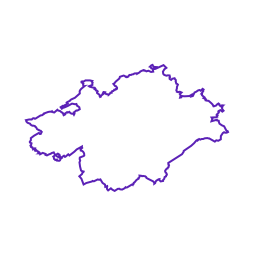 Fermoy Lea-6, Cork, Ireland (Equal Earth projection), rotated 150°
{"feature_id": "5873133B9082097592121", "entity_name": "Fermoy Lea-6", "entity_type": "district", "adm_level": 2, "iso_a3": "IRL", "parent_name": "Ireland", "parent_adm1": "Cork", "projection": "equal_earth", "projection_center": [-8.317, 52.16], "detail": "fine", "context": "isolated", "style": "outline", "palette": "violet", "viewbox_px": 256, "rotation_deg": 150, "n_neighbors": 0, "source": "geoboundaries", "source_scale": "gbopen_adm2", "svg_char_len": 5868}
<svg xmlns="http://www.w3.org/2000/svg" viewBox="0 0 256 256"><g transform="rotate(150 128 128)"><path d="M43.3,75.5L43.7,75.8L44.1,77.0L43.9,81.4L45.3,83.3L46.6,86.0L46.3,87.7L45.8,88.9L47.1,90.0L46.9,90.7L52.3,92.1L50.1,94.0L50.4,94.2L50.4,95.3L46.5,93.3L45.1,93.1L44.9,94.4L44.1,94.4L44.3,95.3L41.6,96.0L41.1,96.8L41.4,97.2L41.2,97.4L39.1,97.3L38.1,95.0L36.6,95.2L36.9,97.0L36.5,99.1L35.5,99.2L35.4,100.0L34.5,100.1L35.2,100.6L37.1,101.0L37.4,102.3L37.0,102.8L37.4,104.0L39.1,103.9L40.4,103.4L42.7,103.8L42.8,104.4L43.1,104.4L43.0,106.1L43.4,107.7L44.6,111.2L46.3,112.5L46.3,113.1L47.0,113.3L46.9,114.1L46.4,114.4L47.6,116.1L46.4,116.3L47.4,118.9L47.5,119.5L46.8,120.5L47.3,121.0L44.4,122.3L44.3,122.9L43.3,123.5L43.8,124.6L46.4,123.9L47.0,125.1L48.4,125.5L51.0,125.3L52.6,125.5L55.8,123.3L56.7,123.5L57.1,123.6L56.5,124.0L56.8,124.7L56.5,125.0L58.9,125.0L63.4,127.3L65.4,128.8L66.5,127.9L67.7,128.3L66.6,129.4L66.1,130.4L66.2,131.5L63.9,132.0L65.0,133.5L66.8,134.1L67.6,135.0L67.3,135.5L67.3,136.5L65.8,137.9L65.1,139.1L63.1,140.6L63.4,141.6L64.0,142.3L63.4,144.6L63.1,144.7L62.6,145.9L62.9,146.8L62.8,147.8L65.0,148.5L66.6,148.1L67.4,149.7L66.8,150.9L66.2,151.0L65.7,152.7L67.2,153.7L68.6,154.1L70.1,155.9L70.4,157.3L69.6,159.3L67.1,160.7L64.7,160.9L65.8,164.7L74.7,165.5L76.0,166.0L76.1,166.5L74.8,166.4L73.3,166.8L74.8,167.8L75.3,168.9L75.2,170.4L76.5,170.6L78.4,170.1L77.8,169.4L78.0,168.1L77.0,167.3L78.0,164.2L80.0,165.0L81.7,167.4L83.8,167.9L84.3,169.0L85.3,169.5L85.2,170.1L85.5,170.4L89.0,170.8L90.2,170.4L92.9,170.4L92.7,170.8L95.2,172.0L96.6,171.9L97.7,172.4L98.7,172.4L100.1,173.2L101.1,173.0L101.8,172.4L103.1,172.4L103.3,172.5L103.1,172.7L103.3,173.1L104.5,173.5L104.8,174.7L105.6,175.6L109.4,176.4L110.7,175.2L115.5,174.3L117.4,173.5L118.6,173.5L118.2,170.8L117.5,170.2L117.3,168.4L117.9,167.5L118.9,167.4L119.2,167.9L120.4,167.5L120.8,168.0L122.1,167.4L123.3,167.8L123.6,167.4L124.5,167.2L124.7,166.8L125.5,167.4L127.0,166.6L128.3,166.4L128.1,166.9L129.9,168.2L130.5,169.5L129.8,170.3L131.2,171.4L132.3,170.7L132.0,170.4L132.3,169.8L135.1,169.5L135.9,168.7L136.6,168.8L136.4,169.5L136.6,169.9L136.2,170.5L136.2,171.3L137.3,173.7L137.1,174.2L135.9,174.9L136.4,176.3L136.9,176.4L137.1,177.7L137.4,178.3L136.6,178.4L136.7,179.5L138.2,180.6L140.6,183.0L140.9,183.7L137.3,183.1L136.6,184.5L136.0,184.9L136.2,186.2L135.4,186.6L137.1,188.2L141.0,190.5L143.0,190.4L144.4,191.3L145.1,191.4L145.5,190.7L144.6,189.3L144.5,188.6L145.0,188.4L145.8,186.4L144.8,186.0L149.0,185.3L150.5,184.7L151.5,184.0L152.5,182.0L158.9,180.7L162.8,181.1L164.0,181.0L164.7,180.6L167.6,180.8L168.3,180.7L168.0,179.3L173.5,179.4L173.6,179.8L175.9,179.7L175.7,177.8L173.0,178.0L172.8,177.6L169.1,177.2L164.3,177.1L161.9,175.0L160.7,174.6L160.9,173.7L160.7,172.8L160.9,172.4L160.2,171.4L159.8,170.3L160.4,168.4L163.0,168.4L164.0,169.0L166.6,168.6L166.9,168.6L166.8,167.9L167.1,167.2L168.2,166.5L168.2,167.6L169.9,168.8L170.6,170.3L170.7,171.3L172.5,171.5L172.8,172.2L175.1,172.0L175.5,171.2L177.3,171.2L177.3,171.8L176.8,173.1L177.1,173.4L177.3,174.4L177.7,174.8L178.3,176.6L179.8,178.1L180.0,179.1L184.1,178.3L185.1,179.2L185.4,180.5L186.2,180.3L187.2,181.1L189.1,181.8L192.4,182.4L193.8,182.2L193.8,182.5L195.8,182.0L197.5,182.6L203.6,182.4L204.3,182.8L204.4,183.3L204.9,183.7L205.7,183.9L207.1,183.5L209.3,184.8L212.4,185.8L212.4,185.1L212.8,184.5L212.4,182.8L210.6,180.6L210.7,179.6L209.7,177.8L209.1,177.6L207.7,176.3L207.6,175.1L207.2,174.6L207.3,172.5L206.5,171.1L206.2,171.0L206.0,170.2L204.9,169.1L205.0,168.3L204.7,167.7L206.6,166.5L207.4,167.0L207.4,167.9L207.7,168.3L213.1,168.3L217.2,167.8L218.2,166.0L220.0,165.1L220.2,164.5L219.2,163.0L220.3,161.9L221.0,161.7L220.8,161.2L221.4,160.7L221.5,160.1L220.5,159.1L220.7,158.5L220.5,158.2L220.8,157.9L220.5,157.4L220.7,157.1L219.2,157.0L219.5,156.2L218.8,156.2L219.4,155.2L219.0,155.2L219.1,154.4L218.4,154.4L217.9,152.0L217.4,152.2L217.0,151.3L217.3,150.5L217.6,150.5L216.9,150.1L217.2,149.2L214.3,149.1L212.3,146.7L212.9,146.0L211.9,144.8L209.8,144.7L207.7,144.3L206.8,144.5L204.5,144.0L204.6,142.4L204.3,140.8L201.6,140.9L200.7,139.2L200.8,138.5L201.3,138.4L201.1,136.6L202.2,136.5L203.8,139.2L204.3,140.8L207.0,140.6L206.9,139.8L207.5,138.2L207.1,137.6L207.0,136.6L205.4,136.2L205.8,135.3L204.0,134.0L203.1,134.0L201.4,135.2L200.3,135.2L200.3,135.8L197.3,136.0L197.1,134.6L196.6,134.4L192.9,135.1L192.5,133.5L186.3,134.3L183.1,135.1L177.2,135.0L177.6,134.4L177.6,133.7L179.8,133.2L180.2,132.1L179.2,131.1L178.7,129.8L178.7,128.0L179.6,126.1L180.3,125.9L184.5,126.5L185.4,125.3L185.7,123.7L187.2,122.5L188.8,118.6L189.9,114.7L189.6,113.9L188.2,112.5L188.7,112.1L189.9,112.0L190.9,111.1L194.3,110.5L193.7,107.4L194.7,101.3L191.6,101.2L185.9,99.7L185.2,99.9L184.2,98.9L180.0,98.6L178.8,97.5L177.6,97.3L177.5,93.1L176.2,90.5L177.1,88.4L175.1,88.1L175.3,87.6L176.2,86.9L176.6,85.7L176.7,85.3L176.4,83.9L173.0,84.3L172.4,82.4L171.0,80.2L167.3,80.4L165.8,79.7L165.5,78.8L163.8,77.6L161.1,77.5L159.8,77.9L159.7,77.5L158.5,77.0L153.0,77.1L152.4,77.0L152.3,76.6L152.0,76.9L151.5,76.6L150.9,77.0L150.4,77.7L149.4,77.7L146.5,78.8L144.9,78.8L144.4,79.2L144.1,78.9L142.0,80.3L141.8,81.0L140.5,80.1L139.9,79.2L139.0,79.0L137.2,77.5L136.8,76.4L137.0,75.7L136.4,74.5L132.9,69.2L132.6,67.4L133.1,66.6L132.0,66.7L131.3,67.5L129.9,68.2L127.2,68.3L126.3,68.0L126.9,67.2L126.4,65.4L124.1,64.6L123.6,65.4L122.0,65.9L120.8,67.2L119.3,67.1L118.8,67.7L117.7,68.1L117.4,69.1L117.4,70.1L117.7,70.7L117.4,72.2L115.9,73.1L114.5,73.4L113.9,73.2L113.5,73.7L112.2,74.0L111.8,74.8L111.1,75.2L111.0,76.0L111.2,76.3L110.6,77.6L94.3,78.3L91.7,79.6L91.2,80.3L82.2,81.0L78.4,81.8L75.3,82.9L73.9,83.0L73.9,82.4L71.9,82.9L71.2,81.8L69.9,81.7L68.4,80.9L66.7,80.7L64.3,79.6L63.5,78.7L62.9,78.4L59.6,72.8L57.7,73.2L56.2,71.8L53.3,71.8L51.6,74.6L48.4,76.2L46.9,76.3L46.3,75.4L44.9,74.6L43.4,74.5L43.3,75.5Z" fill="none" stroke="#5b21b6" stroke-width="2"/></g></svg>